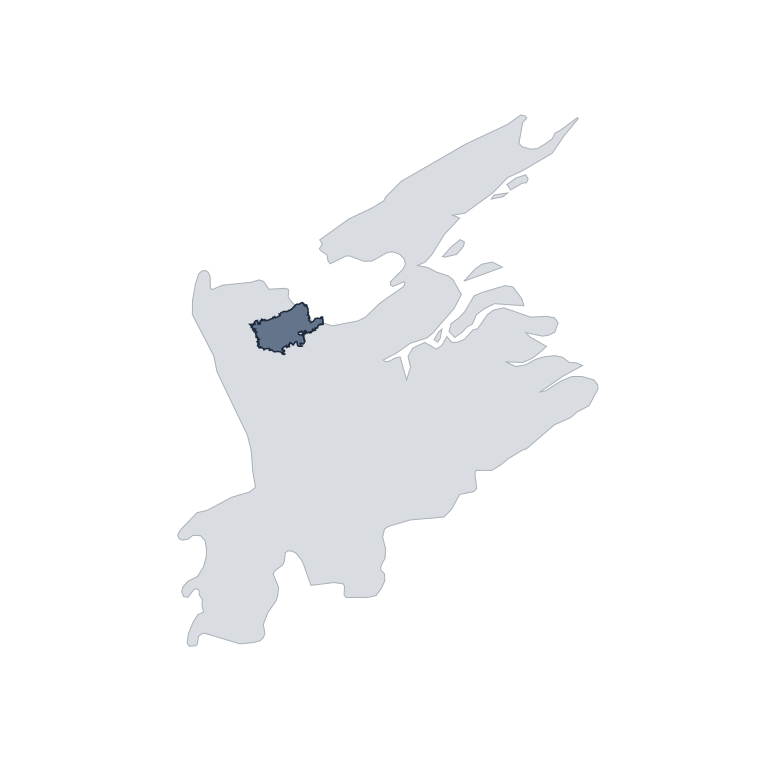 location of Habiganj, Sylhet, Bangladesh, rotated 246°
{"feature_id": "16705992B7772300815487", "entity_name": "Habiganj", "entity_type": "district", "adm_level": 2, "iso_a3": "BGD", "parent_name": "Bangladesh", "parent_adm1": "Sylhet", "projection": "natural_earth1", "projection_center": [91.398, 24.335], "detail": "fine", "context": "in_parent", "style": "filled", "palette": "slate", "viewbox_px": 768, "rotation_deg": 246, "n_neighbors": 0, "source": "geoboundaries", "source_scale": "gbopen_adm2", "svg_char_len": 9621}
<svg xmlns="http://www.w3.org/2000/svg" viewBox="0 0 768 768"><g transform="rotate(246 384 384)"><path d="M277.4,540.8L277.4,522.9L266.8,487.6L267.3,483.8L265.2,466.8L262.5,457.4L261.2,447.3L267.7,432.9L265.1,430.6L250.9,426.2L249.2,422.4L252.3,408.2L242.1,394.8L238.1,384.8L249.2,352.4L252.1,329.9L251.3,325.5L244.7,320.5L232.8,318.4L224.5,314.2L219.6,307.8L215.5,305.3L210.4,307.2L203.8,304.7L198.4,298.4L193.9,290.7L195.7,282.3L204.5,262.4L207.7,261.8L215.1,265.6L217.9,265.6L222.9,257.7L229.8,235.3L253.8,237.3L259.5,236.5L265.5,234.7L268.8,231.9L270.6,228.3L270.0,225.2L262.7,221.0L259.9,217.8L257.9,208.9L255.7,205.5L241.3,205.0L233.9,200.9L229.8,197.2L222.5,185.0L213.5,176.0L204.9,173.8L201.5,170.9L199.8,166.2L200.9,159.5L205.3,146.6L229.3,118.7L229.9,115.6L229.0,112.0L222.1,107.5L221.6,105.3L223.6,99.5L227.6,98.8L235.8,104.1L244.0,112.7L249.0,120.3L249.1,126.4L255.6,127.6L261.0,130.3L266.6,129.5L270.2,131.0L272.7,130.4L273.6,126.9L268.9,118.2L271.2,114.5L276.7,114.7L280.6,118.0L283.5,124.7L284.0,135.2L290.3,144.7L298.7,151.5L305.3,154.6L313.3,156.8L320.1,154.7L323.5,148.0L322.0,142.1L323.1,136.8L325.9,133.9L330.1,134.1L333.3,138.3L342.5,161.0L340.5,171.0L342.5,198.6L340.1,216.8L341.6,223.8L343.1,225.0L357.1,228.4L377.4,235.7L392.9,238.4L463.2,236.4L478.5,239.9L525.4,237.2L538.1,243.0L552.0,252.4L559.9,259.4L561.3,263.5L560.4,266.9L557.8,268.8L553.0,268.9L542.0,264.3L540.1,265.6L540.0,276.5L531.0,303.9L529.8,312.4L526.7,315.7L517.4,317.4L511.3,333.4L508.7,335.3L502.6,331.9L498.9,332.4L494.1,333.9L489.3,337.6L486.1,342.1L482.4,343.7L469.2,343.4L466.7,350.8L458.1,360.5L452.2,386.1L452.6,394.0L459.9,414.5L464.9,441.0L466.9,443.7L469.3,444.0L469.5,431.8L471.9,430.2L474.9,431.6L481.1,448.0L484.6,452.2L490.1,453.3L496.3,450.9L501.0,446.0L502.8,440.9L501.2,423.0L504.2,415.7L514.8,404.8L516.4,401.5L515.7,383.6L519.7,383.0L525.1,384.4L531.9,380.2L534.0,380.1L536.9,384.7L541.8,383.9L549.1,419.4L549.7,444.4L551.4,458.3L554.1,461.5L562.2,482.4L569.9,555.9L570.9,602.5L574.1,618.4L571.5,621.9L568.9,622.6L566.5,617.1L549.1,605.2L544.9,606.4L539.0,613.3L536.6,619.7L537.7,628.6L539.6,637.5L543.7,642.5L544.0,648.1L548.7,669.1L547.3,669.2L537.9,650.1L526.4,631.4L522.6,597.7L522.3,581.1L514.5,561.5L507.1,527.4L510.3,515.4L504.8,520.6L496.2,500.2L482.7,480.2L478.7,471.3L478.6,462.7L472.7,471.4L464.8,477.5L456.7,486.6L451.4,489.4L434.3,491.1L424.5,478.8L410.5,448.8L408.6,442.0L410.5,424.4L407.2,407.7L406.2,393.0L403.7,394.3L402.7,398.3L403.2,404.5L402.2,409.7L378.6,406.3L388.6,415.1L399.5,417.2L405.1,425.0L405.4,438.1L394.7,446.0L395.7,452.6L401.8,460.7L394.3,463.0L392.3,468.3L392.1,475.8L397.3,487.4L396.4,491.9L405.4,507.0L407.0,514.3L404.8,524.5L385.4,545.2L379.8,559.9L375.0,566.8L369.1,568.0L361.8,561.1L361.7,553.9L363.2,548.3L373.3,534.5L367.9,536.4L352.2,547.7L349.2,538.5L347.2,530.0L347.2,519.6L354.8,504.0L346.3,511.7L343.9,521.5L344.9,532.9L343.8,541.0L340.4,551.6L335.8,558.0L328.4,562.0L325.1,568.3L320.1,572.9L318.5,551.6L313.2,522.8L312.1,529.0L314.7,546.8L314.5,558.4L310.5,567.6L302.3,577.5L296.1,578.9L292.4,577.4L280.8,562.5L279.9,548.5L277.4,540.8ZM420.4,541.2L406.0,544.6L398.6,543.6L412.4,517.7L411.9,506.1L409.8,496.6L402.8,489.1L402.5,483.6L399.4,476.2L397.8,467.6L405.5,464.8L411.8,469.8L414.0,479.6L417.1,487.0L427.9,502.2L427.7,511.5L424.7,534.2L420.4,541.2ZM451.3,532.7L442.5,539.6L445.4,498.7L451.9,513.9L453.6,522.1L451.3,532.7ZM484.9,512.3L481.1,515.2L477.5,512.7L472.9,503.1L475.2,490.9L476.6,489.2L482.1,501.6L484.9,512.3ZM517.5,598.5L512.5,599.0L510.0,596.0L511.2,591.9L509.8,578.7L516.2,577.4L518.5,588.5L517.5,598.5ZM511.9,561.5L508.2,574.6L506.7,568.7L509.3,557.2L511.9,561.5ZM409.3,455.0L410.7,459.2L402.7,453.8L400.5,449.9L404.1,447.8L409.3,455.0Z" fill="#d9dde1" stroke="#a8b0b8" stroke-width="1"/><path d="M463.7,352.8L464.0,352.8L464.1,353.1L464.9,353.6L465.6,353.2L465.9,353.5L466.2,353.4L467.1,354.4L467.6,354.2L468.0,354.4L468.8,354.0L468.9,354.3L469.8,355.1L470.2,355.1L470.3,354.7L470.1,354.6L470.3,354.4L470.1,354.4L470.1,354.1L470.0,353.9L470.0,353.6L469.8,353.1L470.0,353.0L469.8,352.9L469.9,352.7L469.7,352.4L471.2,350.1L471.6,348.5L471.7,347.7L470.0,344.8L469.8,342.0L470.9,342.1L472.1,341.6L472.0,341.8L473.0,341.8L474.0,342.1L474.3,341.9L474.3,342.6L474.5,342.8L475.3,342.5L475.5,343.0L476.0,342.6L476.5,343.1L477.1,343.1L477.3,342.9L477.8,342.9L478.0,342.6L478.0,342.8L478.2,342.7L479.1,343.2L479.5,343.1L479.8,343.2L479.6,343.7L480.0,344.0L480.9,344.1L483.8,345.1L483.9,345.3L484.9,345.0L486.2,345.3L486.3,344.7L487.0,345.4L487.3,345.5L487.4,345.2L487.8,345.2L487.9,344.5L488.3,344.3L488.3,344.1L487.9,343.8L487.7,343.5L488.0,343.4L488.0,343.1L488.6,343.1L488.8,343.2L488.7,343.3L489.4,343.6L489.7,343.2L489.8,343.3L490.1,343.1L490.3,343.0L490.5,343.1L490.8,342.6L491.1,342.8L491.6,342.5L491.5,342.1L491.8,341.5L491.6,339.8L491.3,339.0L492.3,337.2L492.2,335.5L491.8,335.2L491.8,334.1L491.5,333.8L491.4,333.2L490.9,333.0L491.0,332.6L490.9,332.1L490.5,331.7L490.1,330.0L489.7,329.8L489.9,329.0L489.7,328.2L489.6,327.6L490.0,327.3L489.7,326.7L489.8,325.3L489.6,324.4L490.5,323.3L491.0,321.9L491.0,319.6L490.9,318.6L490.3,318.0L490.1,317.1L490.5,316.7L490.0,316.6L490.0,317.0L488.7,316.9L488.6,311.6L490.1,311.6L489.9,311.0L490.0,310.5L489.7,310.3L490.1,309.9L489.9,309.3L489.5,309.2L489.3,309.4L489.0,309.0L489.3,308.0L489.3,307.4L489.6,306.9L489.2,305.3L489.4,304.3L489.4,304.1L489.5,304.0L489.7,303.5L489.5,303.1L490.3,301.9L490.1,301.7L490.8,301.6L491.0,301.4L491.3,301.3L491.0,300.7L491.6,300.5L491.7,299.8L491.3,299.5L491.3,298.9L491.5,298.8L492.2,299.2L492.4,299.1L492.3,298.9L492.9,298.7L492.7,298.5L492.7,298.3L492.3,298.2L492.2,297.7L491.8,297.7L492.0,296.8L491.3,296.9L491.0,296.0L491.0,295.6L490.4,295.6L490.9,295.0L490.9,294.7L490.3,294.4L489.2,295.1L489.1,294.8L489.4,294.0L489.9,293.7L490.2,293.2L490.9,293.8L490.8,294.4L491.0,294.6L491.3,294.4L491.0,294.0L491.1,293.9L491.5,294.1L492.0,293.8L492.9,293.8L493.5,294.2L493.7,293.1L494.0,292.7L493.6,291.8L493.4,290.9L492.9,290.6L492.6,290.8L491.9,290.8L491.0,290.4L491.1,290.1L492.2,289.3L492.2,288.9L491.7,288.7L491.8,288.3L491.7,287.8L492.4,287.2L493.1,285.6L492.7,285.7L492.5,286.0L491.4,286.0L491.1,286.2L490.9,286.5L491.0,287.7L490.7,287.9L489.6,286.0L489.4,286.5L488.4,286.5L487.8,286.8L487.6,287.1L487.8,287.5L487.7,287.6L487.1,287.4L487.1,286.3L486.8,286.0L485.8,287.1L485.9,287.4L486.3,287.4L486.5,287.7L486.7,288.5L486.5,288.9L486.2,288.2L485.1,287.0L484.9,287.7L484.5,286.9L484.3,286.8L483.9,288.0L483.2,288.7L483.1,287.7L482.7,287.4L482.4,287.8L482.0,287.1L481.3,287.2L479.8,286.6L479.7,287.1L478.9,286.4L478.7,287.1L478.2,286.6L477.3,287.8L477.1,287.6L477.1,287.0L476.5,286.8L475.9,287.0L475.7,287.2L475.8,287.8L475.6,288.3L475.4,288.4L475.4,287.7L475.1,287.3L475.1,286.6L474.9,286.6L474.5,286.2L474.3,286.6L474.0,286.5L474.3,285.3L473.3,285.5L473.1,286.4L472.7,286.1L472.0,286.4L471.8,286.3L471.8,285.8L471.5,286.1L471.2,286.1L471.2,285.7L470.8,285.2L471.3,284.8L470.3,284.0L469.6,284.5L467.9,284.6L467.7,284.9L468.4,285.3L468.6,285.6L467.9,286.8L467.5,286.8L467.2,286.2L466.9,287.0L464.8,288.8L464.3,288.1L464.1,288.1L464.0,288.7L464.4,289.8L463.2,293.7L462.9,293.9L462.0,293.8L461.5,293.5L461.6,292.9L461.4,292.9L460.8,294.1L460.9,294.8L460.8,295.4L458.3,296.5L457.6,297.9L457.2,299.4L456.4,301.2L454.3,303.6L453.8,303.9L453.4,303.2L452.9,303.2L451.8,304.5L451.4,305.2L451.7,305.6L452.2,305.0L452.8,304.7L454.9,305.1L455.1,305.5L454.5,305.5L454.2,306.1L454.4,306.2L454.7,306.7L455.4,306.6L455.4,305.8L455.9,305.2L457.0,305.8L456.7,304.9L457.2,304.8L457.6,305.0L458.1,306.0L458.5,307.2L458.6,309.1L458.9,310.5L458.7,310.6L457.6,309.8L456.9,310.0L457.1,311.3L456.6,312.9L457.2,313.0L456.9,312.5L457.1,312.2L457.7,312.6L458.0,312.4L458.6,312.5L459.0,313.3L459.1,313.6L458.9,313.8L459.2,314.0L460.1,315.2L459.7,315.5L459.0,315.2L458.6,315.9L458.0,316.5L457.1,316.4L456.5,317.0L457.2,318.0L458.3,319.8L458.5,321.0L458.3,321.5L457.8,321.5L455.3,320.9L454.4,320.8L453.5,321.0L453.0,321.6L452.1,323.7L452.0,324.7L454.2,323.7L455.1,323.7L455.2,324.0L454.9,325.0L453.3,326.5L453.6,327.3L454.7,328.4L455.0,329.0L455.7,329.0L455.9,329.3L456.3,329.0L456.7,329.3L457.1,329.1L457.2,329.3L457.1,329.5L457.5,329.2L457.7,329.5L458.3,329.6L458.4,329.3L458.7,329.5L458.7,329.8L458.8,329.6L459.3,329.6L459.5,330.0L460.2,330.1L461.0,330.6L461.0,330.2L461.2,330.5L461.4,330.1L461.5,330.4L462.0,330.4L462.2,330.2L462.5,330.6L462.5,329.9L462.1,329.8L462.4,328.9L462.4,328.5L462.7,328.1L462.7,327.9L463.1,327.0L463.4,327.0L463.9,326.3L464.3,326.2L465.4,326.5L465.4,326.8L465.8,326.9L465.8,328.0L466.1,328.0L466.0,328.7L465.8,328.9L465.6,329.5L465.7,330.0L465.4,329.8L465.4,330.0L465.3,329.8L464.9,329.9L464.9,330.2L464.4,330.2L464.2,330.9L463.6,330.6L463.5,331.6L463.0,331.5L462.8,331.1L462.4,331.2L462.4,331.9L462.1,332.0L461.8,332.6L461.9,332.9L462.5,333.4L463.0,333.3L463.2,332.9L463.4,333.1L463.5,332.6L464.1,333.1L464.1,332.6L464.7,332.6L464.9,333.6L464.8,334.6L464.5,333.8L464.1,333.8L463.5,334.3L462.4,334.3L462.4,334.8L461.8,334.7L461.7,337.2L461.0,337.0L461.1,338.0L460.5,338.2L460.7,338.8L461.4,338.7L461.4,340.4L462.6,340.7L463.1,341.1L462.9,341.3L462.3,341.1L462.4,341.6L461.3,341.5L461.0,343.3L461.6,343.4L462.0,343.9L462.2,343.4L463.1,343.4L463.1,344.1L462.8,344.1L462.7,345.0L462.3,345.6L462.4,345.9L462.6,346.1L462.4,346.4L462.4,346.6L462.5,346.8L462.5,346.7L463.2,346.7L463.4,346.9L463.8,346.9L464.0,347.1L464.0,348.3L464.3,348.6L464.7,348.7L464.7,349.8L464.5,350.0L464.2,349.9L464.0,350.1L464.1,350.3L464.4,350.4L464.3,351.0L464.0,351.6L463.8,351.4L463.8,351.7L463.5,351.8L463.2,352.5L463.4,352.8L463.7,352.8Z" fill="#64748b" stroke="#1e293b" stroke-width="1.5"/></g></svg>